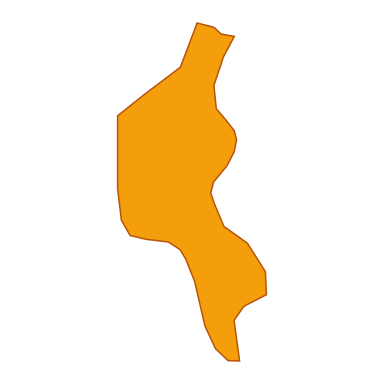 Hauts-Plateaux, Ouest, Cameroon
{"feature_id": "32672807B20400591725657", "entity_name": "Hauts-Plateaux", "entity_type": "district", "adm_level": 2, "iso_a3": "CMR", "parent_name": "Cameroon", "parent_adm1": "Ouest", "projection": "robinson", "projection_center": [10.369, 5.306], "detail": "fine", "context": "isolated", "style": "filled", "palette": "amber", "viewbox_px": 384, "rotation_deg": 0, "n_neighbors": 0, "source": "geoboundaries", "source_scale": "gbopen_adm2", "svg_char_len": 616}
<svg xmlns="http://www.w3.org/2000/svg" viewBox="0 0 384 384"><path d="M239.6,361.0L237.7,347.2L234.1,320.3L243.1,307.4L246.1,305.1L266.4,294.7L265.4,271.7L247.5,243.3L223.9,226.4L214.6,204.3L210.7,193.0L213.6,182.0L227.0,165.8L234.2,151.7L236.6,139.7L234.2,130.7L226.0,120.1L216.3,108.7L213.9,85.5L223.5,56.8L234.3,36.4L221.3,34.1L213.9,27.3L197.1,23.0L180.4,67.2L144.7,94.2L133.1,103.4L117.6,115.8L117.6,188.7L121.4,220.2L130.1,235.5L146.0,239.3L168.4,242.0L180.0,249.6L185.7,259.0L188.3,265.6L194.6,281.3L204.9,325.9L215.5,348.7L228.0,360.6L239.6,361.0Z" fill="#f59e0b" stroke="#b45309" stroke-width="1.5"/></svg>